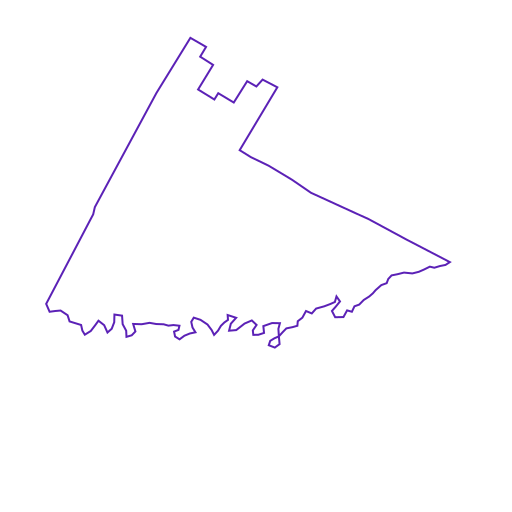 Nova Prata, Rio Grande do Sul, Brazil (orthographic projection), rotated 121°
{"feature_id": "56859067B11495971220999", "entity_name": "Nova Prata", "entity_type": "district", "adm_level": 2, "iso_a3": "BRA", "parent_name": "Brazil", "parent_adm1": "Rio Grande do Sul", "projection": "orthographic", "projection_center": [-51.583, -28.732], "detail": "fine", "context": "isolated", "style": "outline", "palette": "violet", "viewbox_px": 512, "rotation_deg": 121, "n_neighbors": 0, "source": "geoboundaries", "source_scale": "gbopen_adm2", "svg_char_len": 1831}
<svg xmlns="http://www.w3.org/2000/svg" viewBox="0 0 512 512"><g transform="rotate(121 256 256)"><path d="M267.7,156.6L263.3,149.6L255.7,149.9L254.4,145.1L248.4,145.7L244.5,142.5L238.2,141.0L232.4,138.1L227.8,136.6L223.7,135.9L216.4,133.6L212.0,130.0L207.6,130.8L202.8,129.8L198.8,125.4L194.0,120.6L190.4,113.0L185.7,108.3L181.2,105.1L175.6,101.5L174.2,97.1L169.8,93.1L166.1,89.0L161.4,86.7L164.4,135.4L166.4,178.8L167.9,191.5L173.5,241.4L172.1,264.4L172.1,291.7L173.9,311.3L173.7,324.5L100.4,324.6L101.4,341.2L110.5,343.0L110.7,353.6L135.9,354.1L135.9,372.2L143.3,372.3L143.1,391.4L114.3,391.2L113.9,406.5L102.5,406.5L102.8,424.6L167.5,425.3L297.1,419.3L304.2,417.0L310.0,416.7L346.1,414.6L405.1,411.2L410.1,404.2L406.5,399.7L403.4,395.4L403.8,387.0L408.1,382.1L405.2,370.4L409.4,366.4L411.6,362.2L405.4,359.0L398.3,358.2L392.6,357.7L393.5,350.5L398.1,343.9L392.7,342.2L385.8,343.4L379.1,347.2L376.1,340.1L383.1,335.2L386.9,328.8L392.0,325.4L388.0,321.7L382.8,320.5L377.5,326.3L373.4,318.9L368.1,312.8L365.7,306.5L362.1,300.0L360.8,295.2L357.7,291.2L355.2,285.7L359.3,284.4L363.0,287.3L366.7,283.9L366.8,278.6L361.2,276.3L356.5,272.8L352.6,268.6L350.0,273.6L345.8,277.6L340.9,277.6L339.3,270.7L339.7,262.3L342.3,255.9L345.2,251.3L339.6,250.1L333.9,250.1L329.3,248.9L325.2,247.1L321.2,249.9L319.2,241.2L327.0,242.7L333.9,240.6L329.7,234.8L319.8,231.0L313.4,226.4L314.8,220.0L321.4,220.4L325.0,217.7L322.3,213.4L317.8,209.5L312.3,213.6L305.2,207.7L301.3,200.9L306.9,199.3L313.1,195.0L307.5,193.9L302.4,192.7L298.2,188.1L294.5,184.6L290.4,186.6L285.0,184.5L277.4,184.8L276.5,178.6L270.1,177.4L264.0,171.6L258.8,167.5L254.8,164.7L249.2,166.2L251.7,160.6L258.6,161.6L264.0,162.6L267.7,156.6ZM313.1,195.0L317.0,197.8L321.4,200.1L325.9,199.1L324.8,192.7L319.4,190.4L313.1,195.0Z" fill="none" stroke="#5b21b6" stroke-width="2"/></g></svg>